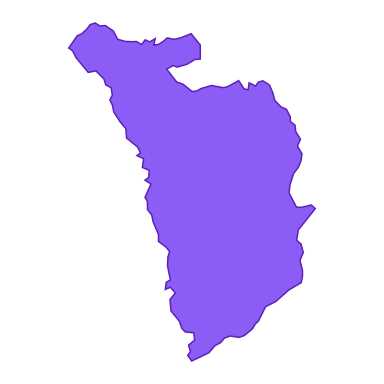 the district of Nova Esperança do Sul, Rio Grande do Sul, Brazil
{"feature_id": "56859067B55473062015282", "entity_name": "Nova Esperança do Sul", "entity_type": "district", "adm_level": 2, "iso_a3": "BRA", "parent_name": "Brazil", "parent_adm1": "Rio Grande do Sul", "projection": "equal_earth", "projection_center": [-54.832, -29.409], "detail": "fine", "context": "isolated", "style": "filled", "palette": "violet", "viewbox_px": 384, "rotation_deg": 0, "n_neighbors": 0, "source": "geoboundaries", "source_scale": "gbopen_adm2", "svg_char_len": 1792}
<svg xmlns="http://www.w3.org/2000/svg" viewBox="0 0 384 384"><path d="M301.0,160.7L302.0,153.9L297.5,146.0L300.4,139.2L295.7,131.5L295.1,125.2L290.4,121.6L290.2,116.5L286.4,109.3L281.3,107.1L274.8,100.5L272.7,92.4L269.4,84.9L262.7,80.8L258.2,82.2L255.7,86.1L249.1,82.8L248.1,89.8L244.0,88.8L238.7,80.6L228.3,86.3L223.7,87.7L215.7,86.3L211.4,85.5L201.2,88.5L196.5,91.0L192.1,91.5L182.9,84.1L176.6,81.9L166.7,69.1L173.3,65.5L177.1,67.1L187.2,64.2L194.8,59.5L200.3,59.0L200.3,45.0L191.1,33.7L180.5,37.9L174.1,39.3L167.3,37.9L163.2,41.4L158.3,44.5L153.8,44.9L155.2,38.6L149.7,41.9L145.2,39.8L141.6,44.5L136.4,41.5L131.2,41.7L125.3,41.4L117.7,39.3L113.4,31.0L109.1,28.1L105.3,25.5L100.0,26.0L95.1,23.0L90.0,24.7L87.1,28.8L81.8,33.8L77.3,35.7L68.7,48.0L72.7,51.0L76.0,57.6L88.2,72.4L95.9,70.9L104.0,79.1L105.8,85.0L111.1,87.7L112.3,95.1L109.9,100.0L112.4,105.2L113.8,112.0L116.3,115.9L120.4,122.2L125.9,128.7L126.5,138.0L130.0,140.8L137.6,147.1L140.5,152.8L136.9,155.6L143.6,158.8L142.4,167.5L149.2,170.3L148.7,177.4L145.0,180.2L150.9,184.0L145.0,197.4L147.4,201.5L147.5,209.6L151.7,215.0L153.2,222.0L158.5,234.6L158.5,241.5L165.9,246.9L169.6,251.6L167.9,257.0L167.5,265.5L169.0,273.4L170.4,280.0L166.3,282.2L165.3,289.4L170.4,287.3L175.3,292.9L170.0,299.5L171.0,310.9L179.4,321.3L181.8,328.4L185.4,332.0L193.8,332.8L194.6,340.2L188.5,345.1L190.5,351.6L187.7,355.4L191.7,361.0L208.8,352.8L215.1,345.6L220.9,342.4L224.5,338.1L230.2,336.0L239.1,337.4L244.4,335.5L252.6,328.7L255.1,324.3L258.6,320.8L265.5,306.8L275.9,301.4L288.9,289.9L301.2,282.7L302.5,276.2L302.5,270.5L300.0,260.3L303.3,252.4L301.0,244.0L296.7,240.3L298.3,229.9L315.3,208.6L311.3,205.0L301.8,207.3L296.5,207.2L289.1,193.0L289.9,185.1L293.7,173.4L298.4,167.3L301.0,160.7Z" fill="#8b5cf6" stroke="#5b21b6" stroke-width="1.5"/></svg>